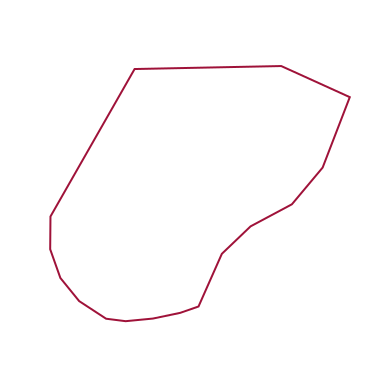 the border of Saint Anthony, rotated 103°
{"feature_id": "MSR-5087", "entity_name": "Saint Anthony", "entity_type": "Parish", "adm_level": 1, "iso_a3": "MSR", "parent_name": "Montserrat", "parent_adm1": "", "projection": "robinson", "projection_center": [-62.171, 16.712], "detail": "fine", "context": "isolated", "style": "outline", "palette": "rose", "viewbox_px": 384, "rotation_deg": 103, "n_neighbors": 0, "source": "natural_earth", "source_scale": "10m", "svg_char_len": 364}
<svg xmlns="http://www.w3.org/2000/svg" viewBox="0 0 384 384"><g transform="rotate(103 192 192)"><path d="M302.1,159.9L312.4,176.3L324.1,201.6L332.8,227.6L334.8,247.2L323.7,277.4L305.4,300.9L279.7,317.3L247.7,324.4L85.1,275.6L49.2,133.4L64.1,59.6L138.8,70.2L181.5,91.9L212.3,127.2L245.5,149.0L302.1,159.9Z" fill="none" stroke="#9f1239" stroke-width="2"/></g></svg>